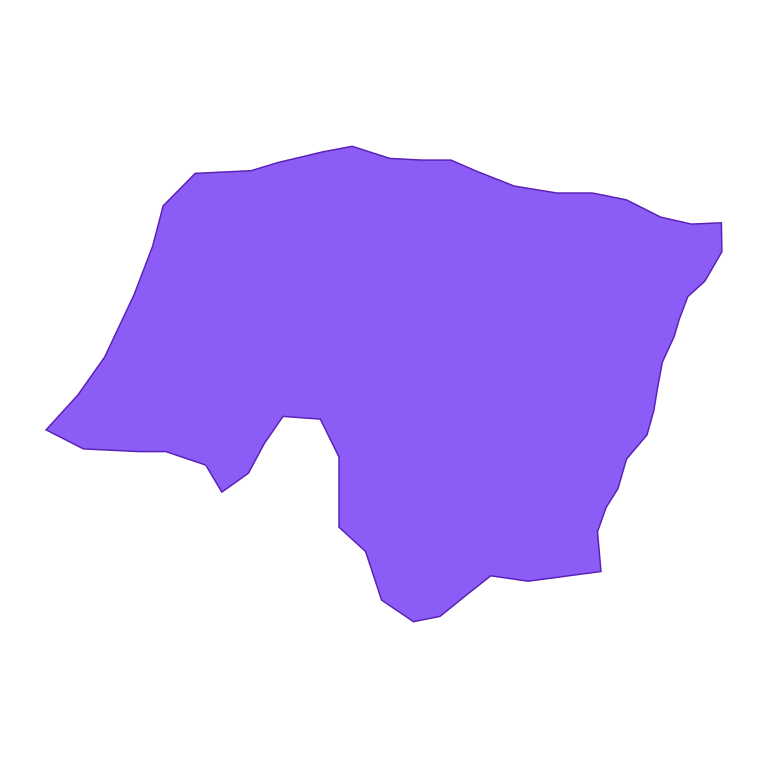 Arnadi, Cyprus
{"feature_id": "46923920B52091218012578", "entity_name": "Arnadi", "entity_type": "district", "adm_level": 2, "iso_a3": "CYP", "parent_name": "Cyprus", "parent_adm1": "", "projection": "natural_earth1", "projection_center": [33.853, 35.234], "detail": "fine", "context": "isolated", "style": "filled", "palette": "violet", "viewbox_px": 768, "rotation_deg": 0, "n_neighbors": 0, "source": "geoboundaries", "source_scale": "gbopen_adm2", "svg_char_len": 813}
<svg xmlns="http://www.w3.org/2000/svg" viewBox="0 0 768 768"><path d="M721.4,222.8L691.2,224.1L660.6,217.1L626.5,199.9L592.4,193.0L556.6,193.0L514.0,186.0L474.8,170.5L451.0,160.1L422.0,160.1L389.7,158.4L352.2,146.3L323.0,151.8L277.7,162.6L251.1,170.7L195.2,173.4L180.5,188.3L163.2,205.8L152.6,246.3L134.0,294.9L104.7,357.0L78.0,394.8L46.1,429.9L83.4,448.9L139.3,451.6L165.9,451.6L205.8,465.1L221.8,492.1L248.4,473.2L264.4,443.4L283.0,416.4L320.3,419.1L339.0,457.0L339.0,497.5L339.0,527.2L365.6,551.5L381.6,600.1L413.5,621.7L440.1,616.3L466.8,594.7L490.7,575.8L528.0,581.2L601.0,571.5L597.5,531.7L606.1,507.5L618.0,488.5L626.5,459.1L647.0,434.9L653.8,410.7L657.2,390.0L662.3,362.3L674.2,336.4L679.3,319.1L687.8,296.6L704.9,281.1L721.9,251.7L721.4,222.8Z" fill="#8b5cf6" stroke="#5b21b6" stroke-width="1.5"/></svg>